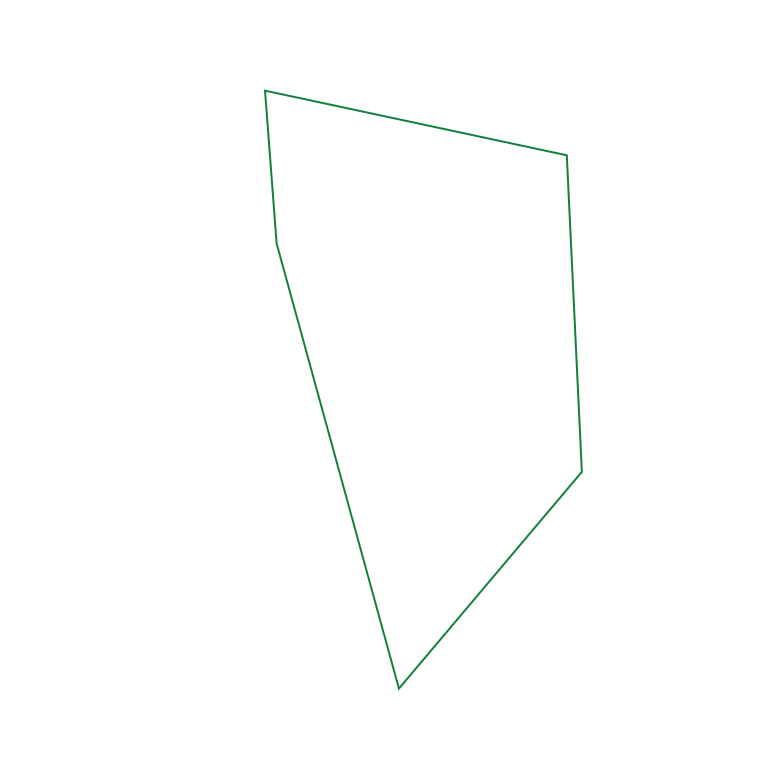 Lexington, Virginia, United States of America, rotated 111°
{"feature_id": "52423323B43343274853649", "entity_name": "Lexington", "entity_type": "district", "adm_level": 2, "iso_a3": "USA", "parent_name": "United States of America", "parent_adm1": "Virginia", "projection": "orthographic", "projection_center": [-79.447, 37.781], "detail": "fine", "context": "isolated", "style": "outline", "palette": "green", "viewbox_px": 768, "rotation_deg": 111, "n_neighbors": 0, "source": "geoboundaries", "source_scale": "gbopen_adm2", "svg_char_len": 238}
<svg xmlns="http://www.w3.org/2000/svg" viewBox="0 0 768 768"><g transform="rotate(111 384 384)"><path d="M105.0,295.3L152.8,600.2L291.3,534.6L663.0,260.9L395.1,167.8L105.0,295.3Z" fill="none" stroke="#15803d" stroke-width="2"/></g></svg>